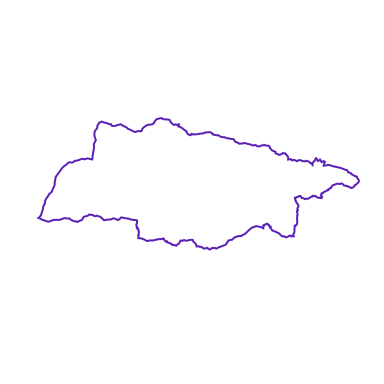 outline of Baile Olanesti, Vâlcea, Romania, rotated 313°
{"feature_id": "2599482B90151586146319", "entity_name": "Baile Olanesti", "entity_type": "district", "adm_level": 2, "iso_a3": "ROU", "parent_name": "Romania", "parent_adm1": "Vâlcea", "projection": "mercator", "projection_center": [24.186, 45.236], "detail": "fine", "context": "isolated", "style": "outline", "palette": "violet", "viewbox_px": 384, "rotation_deg": 313, "n_neighbors": 0, "source": "geoboundaries", "source_scale": "gbopen_adm2", "svg_char_len": 6072}
<svg xmlns="http://www.w3.org/2000/svg" viewBox="0 0 384 384"><g transform="rotate(313 192 192)"><path d="M302.7,302.4L303.3,305.5L304.0,305.8L304.7,306.6L306.9,306.8L308.1,306.4L309.2,306.9L312.6,307.1L313.4,306.9L314.5,305.8L315.0,303.0L315.7,302.0L314.9,300.8L314.6,299.3L314.2,298.6L314.1,297.0L313.7,296.5L314.0,296.0L314.1,295.3L312.9,292.5L313.6,291.3L313.8,290.3L312.6,288.7L312.6,288.3L310.9,284.1L307.5,278.4L305.1,273.6L304.5,272.9L303.0,272.2L301.9,271.0L300.4,270.0L301.9,270.2L302.6,269.3L304.7,268.7L304.4,267.2L302.2,266.4L302.7,264.9L303.0,263.5L302.0,263.5L300.6,263.0L301.5,259.8L301.0,259.6L300.1,259.8L298.9,260.6L296.8,260.2L295.0,260.9L294.0,261.7L294.0,260.9L294.4,259.9L293.8,258.3L294.1,257.4L293.1,254.7L292.7,254.2L291.5,253.9L291.1,253.0L289.7,251.5L289.3,249.6L288.3,248.5L285.9,247.6L285.8,246.5L284.9,244.4L283.4,243.8L283.5,242.8L283.2,242.4L283.2,241.6L281.3,240.2L282.2,239.5L283.2,238.2L283.9,234.0L283.3,233.5L283.2,233.0L282.6,232.4L282.5,231.8L281.7,231.9L279.4,231.0L278.3,230.1L278.2,228.6L277.3,227.1L277.3,226.6L278.3,225.6L277.0,222.3L277.4,218.8L278.2,217.2L277.9,216.3L276.3,214.2L275.7,212.5L275.0,212.5L273.4,211.0L272.2,210.7L271.2,210.1L270.1,208.8L269.7,206.4L267.6,204.9L266.9,202.9L266.4,202.3L266.2,201.5L265.0,199.8L264.8,199.1L264.0,197.5L259.6,193.8L259.0,191.0L258.2,189.7L258.9,187.0L258.6,185.7L257.3,184.2L256.0,181.9L255.1,180.9L254.6,179.8L254.5,178.9L252.4,176.2L251.9,174.9L251.5,172.5L250.3,171.4L248.5,168.5L248.4,168.1L248.8,167.8L248.7,167.2L248.3,166.8L248.6,165.7L247.9,164.3L246.2,162.5L245.1,161.9L244.4,160.9L242.3,160.1L240.1,158.0L238.0,156.6L234.8,153.5L234.5,152.2L233.3,152.1L232.7,152.3L232.4,152.0L231.7,150.4L231.7,148.3L232.4,147.0L232.7,146.0L232.2,144.6L232.0,141.0L231.5,139.2L230.7,137.3L232.6,136.7L232.6,136.2L230.6,135.0L230.4,134.0L228.9,133.3L228.5,132.7L228.6,130.7L228.4,129.5L229.5,126.5L227.6,123.6L226.3,122.4L225.4,120.5L225.5,120.0L225.2,119.3L223.6,118.0L220.8,116.4L217.9,116.6L216.6,117.2L215.7,116.9L214.3,116.8L211.2,114.1L208.8,113.0L204.8,112.5L202.2,113.4L201.6,113.3L200.1,111.3L196.7,109.1L195.9,105.9L195.4,104.6L195.2,103.6L194.6,102.4L194.5,99.1L193.5,97.2L193.0,93.8L189.6,91.4L188.3,91.1L185.9,88.6L185.8,87.9L186.4,86.6L185.1,85.1L184.2,82.7L182.4,79.3L182.0,78.0L179.4,76.9L178.6,77.0L177.8,77.4L175.9,77.6L174.3,79.0L170.6,79.4L168.8,80.3L167.0,81.8L165.7,83.7L164.5,86.2L160.7,87.4L158.7,88.7L158.0,89.9L151.5,94.1L147.8,96.8L146.7,95.2L145.6,92.9L142.4,90.9L141.9,89.6L140.8,88.7L136.5,86.5L135.0,85.1L132.2,84.6L130.6,82.7L129.4,81.6L126.4,81.4L123.2,80.8L121.1,80.7L110.2,82.0L105.3,85.1L103.6,86.6L101.4,87.6L98.6,88.3L96.8,89.3L92.6,89.0L91.6,89.4L87.2,90.0L85.0,90.8L82.8,92.5L80.9,92.8L79.6,93.3L78.5,94.3L72.2,97.3L69.8,97.6L68.3,97.4L69.0,99.0L69.5,101.2L69.9,102.2L71.9,106.5L73.0,107.8L76.4,109.3L78.5,111.1L81.0,113.9L83.3,115.3L85.7,116.2L87.5,118.8L88.8,120.0L89.1,120.5L89.0,121.2L89.1,122.4L89.6,124.2L90.5,126.2L91.5,127.3L91.8,128.5L95.3,129.9L95.9,130.5L96.9,130.5L99.8,129.8L101.1,130.3L101.7,130.9L103.7,132.0L105.4,132.1L106.6,134.0L107.5,135.0L107.7,136.6L108.0,137.4L108.8,138.2L109.7,138.4L111.3,141.7L111.5,142.7L111.2,143.5L111.5,145.4L111.3,146.5L111.4,147.1L113.1,148.1L116.6,151.4L118.8,152.2L119.3,152.7L119.8,153.5L120.4,155.4L120.8,155.9L120.9,156.8L121.2,157.1L123.4,157.6L124.7,157.4L125.6,158.0L126.4,159.7L127.0,160.3L128.4,162.8L129.3,163.8L130.3,166.3L132.6,169.5L133.4,170.2L133.6,171.0L133.2,171.9L132.5,172.2L132.2,172.7L130.3,173.5L129.2,174.6L129.1,175.2L128.6,175.7L128.8,175.9L128.4,176.2L128.4,176.8L128.0,176.9L128.4,177.7L127.9,178.1L127.8,178.6L127.3,179.0L127.1,179.4L127.2,179.8L126.6,180.1L126.3,180.8L125.6,181.1L124.4,182.1L124.3,181.9L123.7,182.1L123.1,183.1L121.7,184.2L122.4,184.9L124.1,187.9L125.7,192.9L128.1,194.3L129.3,196.0L134.7,199.7L136.5,201.6L137.5,202.4L138.5,202.6L138.4,203.7L137.8,205.4L137.8,206.0L138.3,206.7L138.3,207.4L138.7,207.5L138.2,208.2L138.8,208.9L138.9,209.6L139.6,210.9L139.5,211.8L140.2,213.1L139.9,213.7L139.9,214.0L141.5,215.5L141.8,217.0L144.8,217.3L145.4,217.6L148.7,216.7L149.3,217.4L149.5,218.2L151.5,218.9L152.0,220.4L153.1,221.8L154.7,222.5L157.2,224.7L157.4,225.4L156.8,226.3L156.6,227.1L156.7,229.7L156.0,231.5L155.3,232.5L156.7,233.7L157.3,235.3L158.2,236.1L158.2,237.1L158.8,238.7L158.8,239.4L160.0,240.4L161.4,240.9L161.7,241.8L161.5,243.0L162.3,244.5L164.3,244.7L165.2,245.3L166.1,246.5L166.7,246.6L166.9,247.7L167.5,248.6L169.5,249.2L176.4,252.6L177.8,252.5L178.6,252.0L179.5,252.1L181.2,251.7L183.0,252.7L184.4,253.9L187.1,254.0L189.0,254.5L189.7,255.3L190.9,255.6L193.6,258.2L194.6,258.2L197.9,259.4L203.6,259.7L207.5,260.3L208.9,261.4L210.7,262.0L213.3,266.3L214.1,268.8L214.8,268.1L215.8,267.9L215.7,267.6L216.2,266.9L220.1,268.5L220.0,269.5L220.3,270.0L220.3,271.0L219.9,271.0L219.9,272.1L220.2,273.3L219.0,273.5L219.2,274.6L218.6,277.1L219.7,279.5L221.1,283.9L220.9,286.4L221.2,287.7L221.3,288.6L221.9,288.9L222.0,289.4L222.4,289.6L222.9,291.6L223.4,292.1L225.0,292.7L226.5,293.0L226.8,293.5L226.9,294.3L227.7,294.5L227.7,295.1L228.1,295.8L228.5,295.8L229.1,296.6L230.2,294.9L232.2,294.5L237.4,290.1L238.5,290.9L239.5,290.5L240.3,290.7L241.3,289.7L242.4,289.0L243.8,287.3L245.9,285.6L246.2,285.1L246.9,285.0L247.7,284.5L249.3,281.9L249.8,281.8L250.2,282.1L251.0,281.9L251.5,280.6L251.8,280.3L253.8,279.7L254.7,279.1L255.4,276.6L255.6,275.2L256.4,273.9L256.6,272.9L257.8,271.8L257.7,271.6L257.9,271.4L258.1,271.5L258.1,271.3L259.8,272.1L260.8,272.9L262.5,273.2L263.1,274.5L262.6,275.2L262.5,276.5L263.6,277.9L263.6,279.2L263.8,279.5L265.2,280.2L265.8,281.1L266.7,281.7L271.7,283.0L271.5,283.7L273.3,284.9L273.3,286.5L273.9,288.4L275.3,289.5L275.1,289.9L275.9,291.0L277.1,290.6L277.3,289.1L277.6,288.5L279.6,287.7L280.0,288.0L280.1,288.5L281.7,288.4L286.0,290.1L286.3,289.9L286.5,290.3L287.6,290.0L288.6,290.5L289.4,290.5L289.4,290.8L289.7,290.9L292.4,290.2L296.8,292.3L298.5,294.2L298.8,294.9L300.2,295.4L300.4,295.7L300.6,297.1L300.4,298.8L301.9,300.8L301.8,301.1L302.2,302.1L302.7,302.4Z" fill="none" stroke="#5b21b6" stroke-width="2"/></g></svg>